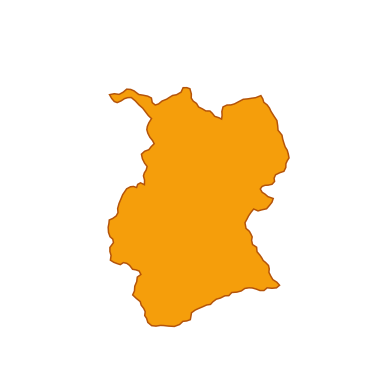 the district of Miradouro, Minas Gerais, Brazil, rotated 234°
{"feature_id": "56859067B1408644769677", "entity_name": "Miradouro", "entity_type": "district", "adm_level": 2, "iso_a3": "BRA", "parent_name": "Brazil", "parent_adm1": "Minas Gerais", "projection": "mercator", "projection_center": [-42.39, -20.852], "detail": "fine", "context": "isolated", "style": "filled", "palette": "amber", "viewbox_px": 384, "rotation_deg": 234, "n_neighbors": 0, "source": "geoboundaries", "source_scale": "gbopen_adm2", "svg_char_len": 2797}
<svg xmlns="http://www.w3.org/2000/svg" viewBox="0 0 384 384"><g transform="rotate(234 192 192)"><path d="M97.5,94.0L93.6,98.7L92.1,104.1L92.7,108.6L90.8,111.9L89.7,115.6L92.5,118.5L94.6,120.6L94.6,125.3L93.9,128.8L92.9,133.0L92.0,137.4L90.2,140.9L90.9,144.2L91.0,148.6L89.5,152.7L88.7,157.6L86.5,160.9L87.3,165.1L84.6,169.5L83.0,173.7L82.9,178.1L81.0,181.8L78.9,184.4L75.7,186.9L72.3,189.1L70.0,192.3L70.3,196.5L67.1,200.1L64.8,204.0L65.1,208.0L69.2,207.6L73.6,205.9L77.8,206.3L81.8,207.0L84.4,209.3L87.6,210.7L91.8,210.1L94.7,209.3L97.6,209.7L101.2,209.8L105.5,209.5L109.3,211.8L113.9,210.1L117.9,211.8L120.3,214.3L123.3,214.9L126.5,215.3L130.8,214.3L136.0,216.8L137.8,220.6L139.4,223.7L140.9,227.8L142.0,231.9L137.9,234.3L136.7,237.6L134.6,242.5L135.7,247.1L136.7,250.6L139.0,253.9L143.6,250.7L147.5,249.8L150.5,248.6L154.3,249.0L155.3,252.0L154.5,255.0L152.8,257.6L151.2,261.3L152.0,265.0L154.9,266.5L156.8,269.7L156.0,274.4L154.7,278.5L156.7,282.3L159.7,284.6L161.4,287.6L162.5,290.5L166.3,292.3L169.9,293.6L173.8,293.9L177.6,295.1L181.3,296.4L185.1,298.2L188.1,298.1L191.4,297.9L195.3,300.3L199.9,302.7L205.2,302.9L210.9,303.3L214.4,304.0L218.3,304.0L222.4,302.8L225.7,304.0L229.5,304.4L230.9,298.9L232.8,295.4L234.5,292.0L236.9,287.9L237.7,282.4L238.3,278.2L239.6,274.6L241.8,271.4L242.6,267.1L239.6,263.5L236.2,261.3L233.6,258.8L236.3,257.4L239.9,254.8L243.8,254.7L247.0,254.1L249.5,250.8L253.1,249.3L256.9,247.3L261.0,247.7L264.8,246.4L268.4,246.6L271.7,249.1L276.8,251.0L279.5,249.1L281.6,246.1L279.2,241.8L279.8,236.6L281.5,233.1L281.8,229.7L282.0,226.0L283.2,221.2L282.9,216.7L284.0,213.4L287.7,212.4L291.9,214.4L295.6,212.5L299.1,209.3L302.1,206.3L305.0,205.4L307.8,204.6L311.0,202.7L313.6,199.6L313.2,195.1L313.8,190.4L317.2,186.9L319.2,182.5L315.0,182.0L310.9,182.3L308.3,184.0L307.4,188.1L307.2,192.3L306.1,195.5L304.1,198.4L299.0,199.7L293.7,200.3L288.8,201.4L284.3,201.5L279.5,201.6L275.2,202.4L273.3,197.7L271.3,194.4L269.0,192.1L265.5,190.8L261.0,190.1L256.8,190.3L253.3,189.8L252.7,185.7L251.6,182.0L252.8,177.6L252.3,173.3L248.0,171.4L243.2,170.6L239.0,170.7L236.7,167.8L235.5,164.7L233.6,162.2L229.5,160.6L225.9,157.8L229.7,155.7L230.1,152.5L228.2,149.8L230.9,147.9L232.4,145.3L233.0,141.0L230.6,134.4L228.2,130.5L225.6,126.2L222.3,122.1L218.8,120.0L217.2,116.6L217.2,112.3L218.0,108.6L215.5,106.4L212.8,103.5L208.4,100.7L204.0,99.4L200.4,100.2L197.2,98.7L195.4,93.0L192.1,90.6L188.2,89.2L184.8,85.9L181.1,87.4L178.3,89.2L175.4,91.3L175.2,95.0L172.6,97.3L169.3,98.4L164.4,98.5L161.9,100.9L159.1,102.8L155.3,102.2L155.3,97.7L152.0,94.6L149.4,90.3L145.8,87.3L143.6,83.5L138.7,84.4L133.8,85.7L130.3,84.4L126.2,84.5L122.7,83.8L119.8,81.1L116.6,81.0L112.4,79.6L107.6,80.8L104.7,84.0L102.6,88.1L100.7,90.5L97.5,94.0Z" fill="#f59e0b" stroke="#b45309" stroke-width="1.5"/></g></svg>